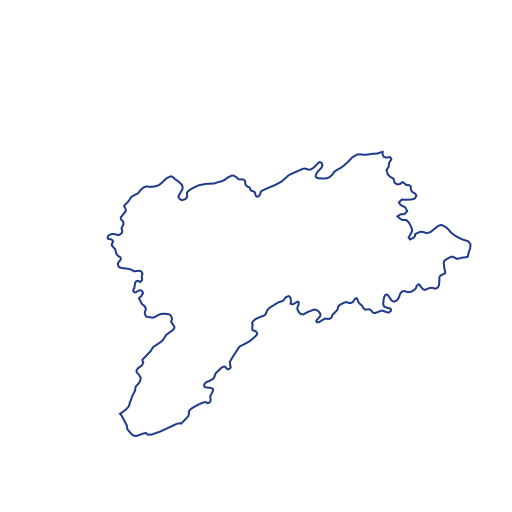 Vileyka, Minsk, Belarus (Natural Earth projection), rotated 152°
{"feature_id": "67162791B71807573158689", "entity_name": "Vileyka", "entity_type": "district", "adm_level": 2, "iso_a3": "BLR", "parent_name": "Belarus", "parent_adm1": "Minsk", "projection": "natural_earth1", "projection_center": [27.139, 54.501], "detail": "fine", "context": "isolated", "style": "outline", "palette": "blue", "viewbox_px": 512, "rotation_deg": 152, "n_neighbors": 0, "source": "geoboundaries", "source_scale": "gbopen_adm2", "svg_char_len": 6096}
<svg xmlns="http://www.w3.org/2000/svg" viewBox="0 0 512 512"><g transform="rotate(152 256 256)"><path d="M95.3,288.6L100.7,289.5L104.9,291.4L110.3,293.3L113.8,295.1L116.2,296.8L119.0,298.1L124.8,297.9L129.3,296.3L135.8,294.6L140.0,294.0L143.8,294.0L147.5,293.6L150.9,291.8L154.6,291.1L156.6,291.3L159.3,292.3L164.5,295.3L165.7,296.7L166.0,298.2L165.2,299.4L162.6,301.2L156.4,303.4L155.0,304.6L154.5,305.9L154.4,307.7L155.8,309.1L157.5,308.9L162.2,307.3L164.5,306.8L167.6,306.7L169.0,307.6L172.1,310.5L173.8,311.0L187.6,312.0L190.1,311.8L197.1,310.0L199.6,309.7L205.9,309.7L213.9,310.5L220.8,310.8L222.0,310.1L222.7,309.2L224.5,307.9L225.8,307.4L227.0,307.7L227.8,308.7L227.9,309.7L227.3,312.1L227.2,313.2L228.4,314.9L229.1,315.3L229.9,316.9L229.4,319.4L230.8,321.1L231.7,323.4L231.7,324.4L230.5,327.0L230.5,327.9L230.8,328.7L231.5,329.7L234.6,331.4L235.6,332.3L236.1,334.3L237.6,336.9L238.6,337.9L239.8,338.4L244.0,338.6L248.1,337.9L252.0,338.2L254.8,339.0L258.7,339.6L266.0,343.0L272.1,345.0L274.1,345.4L278.5,345.6L282.3,345.6L285.8,345.1L287.3,344.2L288.9,340.9L290.1,339.9L291.5,339.4L294.8,339.9L295.7,340.6L296.5,342.0L296.9,343.8L296.1,345.4L289.6,349.5L288.4,351.3L288.0,353.7L289.4,358.0L291.6,362.3L292.0,363.9L292.8,365.5L294.1,366.4L295.5,366.6L299.0,366.5L304.3,365.0L307.0,364.4L309.4,364.2L313.3,365.1L317.7,367.1L318.6,368.0L319.7,368.6L321.7,369.3L324.3,369.1L326.9,368.5L330.4,366.8L337.3,366.8L338.8,366.5L341.7,364.8L344.2,363.7L348.6,362.4L349.2,361.4L349.0,359.7L349.2,358.0L350.2,356.6L357.1,353.7L357.8,352.6L357.9,351.1L357.2,349.4L357.4,347.7L358.1,346.3L361.8,343.5L362.2,341.2L363.1,339.8L364.5,339.1L366.5,338.8L367.5,339.0L371.5,342.3L373.1,343.2L375.3,343.3L376.9,343.2L378.2,342.3L378.6,340.7L376.0,338.6L375.4,337.4L375.4,335.8L377.1,334.7L378.3,333.4L377.9,330.8L377.1,328.3L378.0,324.9L378.2,323.3L378.0,321.8L377.5,320.2L376.7,319.3L376.3,318.2L376.7,316.8L378.2,315.8L379.6,315.4L381.4,314.3L381.9,313.2L382.3,311.2L381.7,309.8L378.8,307.4L375.8,305.4L372.4,302.4L371.0,299.8L366.7,298.1L364.9,296.8L364.4,295.0L364.6,293.5L365.8,292.5L367.0,290.6L367.3,289.1L368.1,288.1L370.6,287.4L371.4,289.0L372.4,289.8L373.9,289.8L375.3,289.1L378.5,284.8L380.2,283.8L380.8,282.3L380.4,281.1L379.5,280.4L375.7,280.5L373.8,279.8L373.0,278.5L373.2,276.2L375.9,274.6L379.1,273.7L379.3,270.3L379.2,267.0L377.8,263.8L378.1,260.8L380.5,258.6L381.2,257.5L381.4,255.7L381.3,253.9L376.9,250.6L375.2,249.7L369.1,249.7L366.9,249.3L364.2,248.2L360.3,245.5L359.3,243.8L359.2,242.1L359.8,239.6L361.8,237.8L361.3,231.7L362.5,230.3L364.4,229.6L372.4,228.5L377.6,225.5L379.8,224.9L389.8,223.8L393.4,221.6L405.1,217.7L405.4,216.3L405.4,215.0L408.2,212.9L412.9,212.3L415.1,211.2L415.9,209.8L415.7,208.2L415.1,206.5L415.0,202.6L416.1,201.0L416.9,200.2L418.8,198.9L423.8,197.0L425.9,194.0L431.3,190.2L434.1,187.5L436.2,185.9L437.7,184.0L439.4,182.7L444.0,181.2L450.2,180.5L449.6,178.4L449.6,167.3L450.9,163.4L449.7,157.9L448.7,155.1L446.1,153.2L439.0,152.2L436.3,151.5L436.1,150.4L435.1,148.8L432.1,147.4L423.4,146.0L404.5,145.0L400.8,143.6L400.7,143.2L392.1,145.9L390.5,146.8L388.9,148.6L388.4,150.2L386.3,151.2L384.0,151.7L377.1,151.9L371.3,151.4L369.1,150.7L368.4,149.9L368.2,149.0L366.9,148.5L365.0,148.7L363.8,149.9L362.2,153.7L357.5,157.0L356.8,157.8L356.5,159.0L357.6,160.6L362.1,163.6L362.8,164.6L362.8,165.7L362.3,166.6L361.1,167.3L359.9,167.8L357.5,167.9L356.2,167.5L351.5,167.7L349.5,168.7L348.0,170.4L346.3,171.5L338.9,173.6L335.9,173.4L335.3,172.6L334.6,170.0L333.6,168.8L332.2,168.9L330.7,169.4L329.1,174.4L328.0,175.3L324.0,177.8L313.3,183.7L302.0,183.7L295.6,185.0L292.9,185.8L291.5,186.6L291.3,187.6L291.4,189.3L292.0,190.3L293.2,191.3L293.9,192.5L292.4,195.4L291.2,196.8L291.2,198.3L289.7,199.6L286.4,200.5L280.8,200.2L277.6,199.6L276.0,199.7L274.2,200.4L272.0,202.6L268.6,203.9L258.2,204.6L253.2,203.7L248.9,205.6L246.2,205.3L245.6,204.8L245.3,203.6L245.4,202.2L246.3,199.7L246.9,198.7L247.9,197.7L247.0,196.7L246.3,196.0L241.8,196.2L240.2,195.8L240.1,194.8L241.1,193.3L243.7,191.0L244.5,189.5L244.5,185.9L244.0,184.2L241.8,182.2L237.0,182.3L230.0,181.5L227.9,179.9L226.8,177.7L226.4,175.5L226.5,174.1L227.4,173.0L228.8,172.2L233.1,170.7L233.5,169.6L233.3,168.8L231.4,168.0L224.7,168.4L220.8,166.0L219.0,166.1L217.8,166.5L216.3,168.1L210.9,169.7L209.0,170.6L207.1,172.7L205.1,173.5L199.4,173.4L197.7,172.7L195.9,170.7L194.3,170.0L192.9,169.9L191.8,170.0L188.8,171.7L187.2,171.7L186.7,170.9L187.2,167.3L187.0,165.6L185.7,162.5L185.7,159.9L184.8,157.4L180.8,155.7L179.8,153.5L179.5,151.8L178.9,150.6L178.0,149.8L170.9,148.8L169.7,148.2L168.0,146.1L165.9,144.0L165.0,143.7L162.4,144.4L161.9,145.9L162.4,147.0L164.2,148.3L166.5,151.0L166.4,153.8L163.1,158.5L161.9,159.7L159.8,161.0L158.5,160.5L157.9,159.6L157.2,153.3L156.9,152.4L156.0,151.3L155.3,150.8L153.1,150.7L151.0,151.2L148.6,152.9L146.8,154.7L144.4,155.9L143.1,155.9L141.5,155.5L139.9,153.7L138.3,152.5L135.6,151.6L134.4,151.5L130.4,152.2L128.0,154.2L126.0,154.8L125.2,154.0L124.6,150.0L124.0,148.1L123.0,146.8L117.8,146.3L115.4,145.2L114.5,144.5L113.4,143.2L111.8,142.7L110.0,143.0L108.2,144.3L104.9,149.3L104.5,150.7L103.6,151.5L102.1,152.1L97.1,152.0L96.4,153.3L95.2,157.6L94.3,159.4L93.7,161.4L92.9,162.5L91.6,163.5L87.6,163.8L84.7,163.7L82.9,163.3L81.7,161.9L80.1,159.2L77.3,158.3L75.2,157.9L71.6,156.5L69.4,155.9L66.5,159.4L63.2,162.3L61.1,165.7L61.7,169.4L65.3,173.0L67.7,175.9L70.7,180.5L73.0,185.7L73.6,189.0L74.8,192.1L76.6,195.0L78.1,196.6L81.1,197.0L91.0,195.2L94.6,196.1L97.0,198.6L99.6,200.3L105.3,200.6L106.2,199.0L108.3,198.1L112.2,198.3L112.5,200.8L110.1,202.1L106.2,205.0L105.6,207.5L105.3,210.1L105.3,213.7L106.5,217.3L109.8,219.1L111.6,222.0L112.5,224.6L108.6,224.9L105.3,223.3L101.4,224.6L101.4,228.9L104.4,233.1L104.7,236.2L100.8,237.4L96.9,235.1L92.7,233.1L89.1,232.2L86.1,233.8L86.1,236.2L87.9,239.1L88.2,241.6L86.7,244.7L87.5,246.7L90.2,248.3L90.8,250.5L92.0,252.5L95.3,251.9L98.0,253.2L99.2,255.7L98.3,259.7L100.4,263.0L101.3,266.4L100.4,270.7L97.1,272.4L94.7,275.8L91.1,277.8L91.1,280.3L94.9,281.8L96.7,283.6L96.4,286.5L95.3,288.6Z" fill="none" stroke="#1e3a8a" stroke-width="2"/></g></svg>